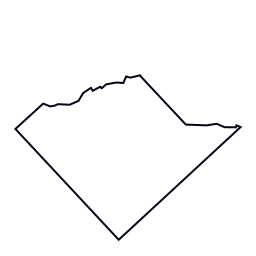 Van Zandt, Texas, United States of America (Robinson projection), rotated 317°
{"feature_id": "52423323B97041282112733", "entity_name": "Van Zandt", "entity_type": "district", "adm_level": 2, "iso_a3": "USA", "parent_name": "United States of America", "parent_adm1": "Texas", "projection": "robinson", "projection_center": [-95.727, 32.597], "detail": "fine", "context": "isolated", "style": "outline", "palette": "ink", "viewbox_px": 256, "rotation_deg": 317, "n_neighbors": 0, "source": "geoboundaries", "source_scale": "gbopen_adm2", "svg_char_len": 476}
<svg xmlns="http://www.w3.org/2000/svg" viewBox="0 0 256 256"><g transform="rotate(317 128 128)"><path d="M45.0,203.4L211.0,204.1L209.1,200.0L207.4,201.1L199.2,193.3L195.7,185.4L187.2,179.6L172.6,164.9L172.5,99.6L172.8,97.7L164.1,92.8L161.8,89.1L155.2,91.9L150.5,86.8L141.8,81.2L135.9,81.0L135.8,78.9L127.6,76.7L128.3,73.4L119.2,71.8L110.3,74.4L101.2,71.2L93.0,62.8L89.9,61.8L85.8,59.1L82.6,52.3L45.0,51.9L45.0,203.4Z" fill="none" stroke="#020617" stroke-width="2"/></g></svg>